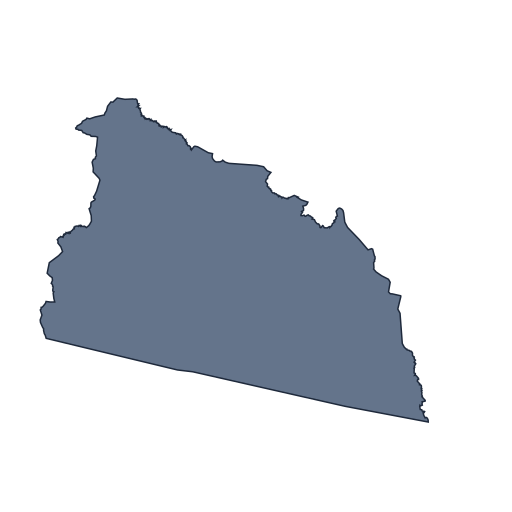 Kabambare, Maniema, Democratic Republic of the Congo (orthographic projection), rotated 12°
{"feature_id": "63176286B85957320837216", "entity_name": "Kabambare", "entity_type": "district", "adm_level": 2, "iso_a3": "COD", "parent_name": "Democratic Republic of the Congo", "parent_adm1": "Maniema", "projection": "orthographic", "projection_center": [27.672, -4.419], "detail": "fine", "context": "isolated", "style": "filled", "palette": "slate", "viewbox_px": 512, "rotation_deg": 12, "n_neighbors": 0, "source": "geoboundaries", "source_scale": "gbopen_adm2", "svg_char_len": 6032}
<svg xmlns="http://www.w3.org/2000/svg" viewBox="0 0 512 512"><g transform="rotate(12 256 256)"><path d="M253.2,171.1L249.1,170.3L244.9,167.1L238.2,167.1L210.2,171.0L206.4,170.6L203.5,169.2L203.0,170.2L201.2,171.4L197.5,172.3L195.7,171.8L193.2,169.7L192.4,167.9L192.2,164.9L187.8,164.9L176.3,161.3L173.4,161.3L172.5,162.0L170.8,165.6L170.3,164.6L169.8,165.1L169.6,164.4L169.9,164.2L168.9,162.7L167.5,162.0L166.5,162.3L165.3,160.8L164.6,160.7L165.0,159.6L163.4,158.7L163.7,158.1L162.6,157.8L162.8,157.0L162.5,157.2L160.4,155.5L159.8,155.5L159.7,154.6L158.8,153.7L157.7,153.2L156.8,153.3L156.9,152.5L156.0,152.5L155.3,153.0L154.6,152.5L153.4,152.5L153.1,153.2L152.3,153.0L151.8,152.2L148.4,152.4L146.7,151.4L146.3,150.8L146.5,150.2L145.8,150.7L145.8,150.1L144.9,150.1L144.7,149.7L144.4,150.3L143.6,149.5L143.2,149.8L142.8,149.6L142.5,148.5L141.9,148.2L141.8,148.6L141.1,148.2L140.5,148.7L139.6,148.5L139.2,148.9L139.3,148.4L138.8,148.3L138.0,148.8L137.6,148.6L136.7,149.3L136.6,148.9L136.3,149.2L135.9,148.7L135.1,148.4L134.5,148.6L134.5,148.9L134.2,148.9L134.2,148.5L133.7,148.9L134.3,147.7L133.6,147.5L133.2,146.6L131.8,146.7L131.4,146.0L130.7,145.8L130.4,144.7L130.0,144.8L130.3,145.1L130.0,145.6L128.5,145.6L128.3,145.3L127.7,145.9L126.6,145.0L125.4,145.2L125.2,144.8L125.1,145.2L124.8,144.9L124.5,145.2L124.4,144.5L124.0,144.7L123.2,144.0L122.9,144.5L122.4,144.0L121.8,144.4L121.8,143.9L121.5,144.6L120.9,144.4L120.8,144.8L120.1,144.6L120.0,144.9L119.4,144.5L119.6,144.2L119.2,144.7L119.1,144.1L118.5,144.3L118.3,143.7L117.9,143.8L117.5,143.0L117.3,143.4L116.5,142.4L115.5,142.6L115.7,142.3L115.2,142.6L115.2,142.3L114.7,142.6L114.5,141.5L114.1,141.3L114.4,140.5L114.1,140.0L113.1,139.3L113.0,138.5L111.9,136.6L112.2,135.7L111.5,135.9L111.0,135.5L110.6,135.9L109.5,134.6L109.9,133.9L109.1,134.3L109.4,133.8L109.3,133.1L110.1,133.3L109.3,132.6L109.7,131.5L108.5,131.6L107.3,128.4L106.3,127.6L105.2,127.5L104.7,127.9L102.8,128.0L95.2,130.0L87.4,130.3L84.0,135.3L82.0,135.5L79.7,140.4L79.5,145.1L78.5,147.6L78.3,149.6L69.8,153.4L64.8,156.4L61.9,156.3L61.4,157.7L58.3,160.3L57.8,162.5L55.2,165.0L54.1,165.7L53.8,167.1L53.0,168.3L53.6,169.3L55.4,169.1L56.2,169.7L59.4,169.4L61.4,171.4L62.5,171.2L65.3,172.2L68.3,172.0L69.9,173.2L74.4,172.4L76.3,172.7L77.3,181.3L77.4,186.6L79.1,191.3L78.3,192.8L78.7,194.2L76.9,195.3L76.2,198.3L78.6,203.9L79.2,207.6L86.5,212.7L87.6,214.3L86.6,225.8L85.5,230.4L84.8,231.8L85.3,233.1L86.4,233.3L86.9,234.2L86.4,235.1L83.8,237.5L83.5,238.4L84.1,241.7L83.9,243.3L82.9,244.4L86.4,250.7L87.8,256.2L86.7,259.7L86.0,261.2L84.1,263.5L82.9,262.8L81.4,263.0L81.5,262.7L79.0,263.4L78.8,262.6L78.2,262.3L77.7,262.6L77.7,263.2L77.1,262.8L76.5,262.9L76.3,264.0L74.8,263.8L72.8,264.7L72.6,265.6L72.0,265.8L72.6,267.2L71.7,267.5L70.9,269.2L70.0,270.2L69.4,271.3L69.6,272.2L68.9,272.3L69.1,271.7L68.8,271.4L68.6,271.9L67.8,271.9L67.9,272.4L67.3,271.9L67.0,272.8L65.3,272.5L65.2,274.2L64.1,274.2L63.5,274.7L63.9,275.5L63.4,275.6L63.5,276.8L63.0,277.0L63.3,277.8L60.7,277.6L60.5,278.3L59.3,279.2L59.1,280.2L58.2,281.2L59.4,282.9L59.5,284.5L63.2,287.6L65.9,291.9L62.9,296.7L55.2,305.5L55.3,316.3L58.5,318.4L61.1,319.5L62.0,322.1L61.4,325.4L62.4,325.9L63.2,326.9L63.3,327.8L64.0,328.3L64.3,331.8L64.8,332.8L65.7,333.0L65.3,334.4L67.1,339.6L68.7,342.8L64.4,343.8L60.1,344.1L59.9,346.0L58.3,349.3L57.4,350.6L56.5,350.9L56.8,352.5L56.2,353.6L58.9,358.3L58.2,363.4L59.0,365.8L62.4,370.5L63.3,371.1L63.7,373.0L65.1,376.0L66.3,377.3L67.9,380.2L202.9,383.8L218.2,382.4L374.5,384.5L459.0,382.6L458.5,380.7L457.3,379.0L455.9,378.5L455.1,379.2L453.2,376.9L452.1,374.6L452.9,374.3L453.3,373.1L452.4,372.9L451.8,373.4L450.7,373.0L450.1,371.9L448.6,372.0L447.4,369.1L447.4,368.3L447.8,368.7L448.0,368.1L448.4,368.2L449.7,367.3L449.1,366.1L449.2,364.8L448.8,364.1L451.6,362.8L451.5,362.0L447.6,359.2L447.5,358.7L447.8,358.5L446.8,356.9L446.7,355.1L445.9,353.9L446.3,353.3L445.8,353.1L445.9,352.4L445.2,351.6L445.7,351.1L445.0,350.2L444.9,348.9L444.4,348.1L442.7,347.9L443.0,347.2L439.8,344.9L439.7,343.7L439.9,343.1L440.7,343.0L440.4,341.9L437.8,339.9L436.5,339.5L436.0,339.7L436.5,338.3L436.2,337.8L434.9,337.5L434.3,333.8L433.8,332.9L434.2,332.7L434.4,332.0L433.7,330.8L434.7,328.2L433.8,327.4L433.5,327.6L432.7,327.0L433.6,324.7L432.2,323.9L432.1,322.8L431.6,322.6L431.6,321.7L430.5,321.4L429.7,320.6L429.3,318.5L428.4,317.4L427.9,317.4L427.6,316.9L425.9,316.9L425.6,316.5L423.2,316.4L422.9,315.7L422.2,315.8L419.9,314.3L417.3,311.2L408.8,282.1L405.7,278.4L406.1,265.7L405.8,264.8L397.2,264.7L395.2,265.0L393.1,263.6L392.7,253.8L390.4,251.2L382.9,249.2L376.7,246.6L373.7,244.3L373.9,243.3L372.4,238.0L373.2,236.3L372.6,235.2L373.1,234.2L372.5,231.8L371.8,231.3L368.7,225.1L367.5,224.8L364.3,226.7L353.5,218.4L339.6,209.0L335.8,204.4L332.7,195.5L331.6,193.4L330.1,192.3L328.5,191.8L327.5,191.8L326.5,192.6L325.1,195.5L327.3,200.0L326.4,200.6L326.0,201.6L326.7,202.4L326.0,204.0L325.0,205.0L325.6,205.3L325.9,206.0L325.1,206.0L325.3,207.2L324.0,208.5L323.9,210.2L323.2,211.6L322.4,212.0L322.3,212.4L322.1,211.9L321.5,212.1L319.8,213.7L316.9,214.2L315.5,212.6L314.8,212.4L313.7,214.7L313.0,214.9L312.6,214.6L312.3,213.3L310.6,211.6L309.2,211.8L307.1,210.4L305.6,208.3L303.1,208.2L303.7,207.2L303.5,206.7L301.9,206.3L300.9,205.6L299.6,205.6L298.7,204.9L297.8,205.3L296.2,206.9L295.8,207.0L294.5,206.0L293.1,206.9L291.6,207.1L291.4,205.8L292.4,203.7L291.3,202.9L292.9,201.8L293.0,201.2L292.6,199.5L291.4,197.5L294.2,196.1L295.0,194.9L295.6,192.5L288.6,191.7L284.2,190.1L284.8,189.6L280.8,188.8L275.8,192.5L275.5,192.3L275.3,193.5L274.3,193.2L273.7,193.7L273.0,193.3L271.9,193.5L270.6,192.9L269.8,193.1L269.4,193.8L269.0,192.9L267.5,192.9L267.3,192.5L266.4,192.8L266.2,192.4L265.6,193.2L264.9,191.8L263.8,191.8L263.0,191.0L261.3,191.2L261.0,190.5L259.1,190.8L257.7,189.8L257.7,189.0L256.8,188.7L256.8,188.1L256.2,187.6L255.1,187.4L254.9,187.1L255.2,187.0L254.1,186.5L254.0,185.9L253.4,186.0L252.5,185.5L252.3,183.2L249.9,181.3L250.1,178.8L251.2,177.9L250.9,175.7L253.2,171.1Z" fill="#64748b" stroke="#1e293b" stroke-width="1.5"/></g></svg>